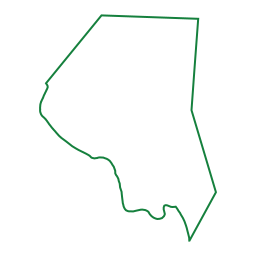 outline of Mahaut, Praslin, Saint Lucia
{"feature_id": "8701671B93430889647256", "entity_name": "Mahaut", "entity_type": "district", "adm_level": 2, "iso_a3": "LCA", "parent_name": "Saint Lucia", "parent_adm1": "Praslin", "projection": "albers", "projection_center": [-60.958, 13.843], "detail": "fine", "context": "isolated", "style": "outline", "palette": "green", "viewbox_px": 256, "rotation_deg": 0, "n_neighbors": 0, "source": "geoboundaries", "source_scale": "gbopen_adm2", "svg_char_len": 3422}
<svg xmlns="http://www.w3.org/2000/svg" viewBox="0 0 256 256"><path d="M189.3,240.6L189.5,240.6L215.9,192.3L215.8,191.8L191.5,110.2L194.5,68.6L198.2,18.8L101.5,15.4L46.0,83.3L46.2,83.6L46.3,83.7L46.4,83.9L46.6,84.2L46.9,84.6L47.1,85.0L47.3,85.3L47.5,85.7L47.6,86.1L47.6,86.4L47.6,86.5L47.7,86.9L47.7,87.2L47.6,87.5L47.5,87.8L47.4,88.0L47.3,88.4L47.2,88.6L47.1,88.9L46.9,89.2L46.8,89.5L46.6,89.8L46.5,90.1L46.4,90.2L46.4,90.4L46.2,90.7L46.1,90.9L46.1,91.0L45.9,91.3L45.8,91.6L45.7,91.8L45.5,92.2L45.4,92.4L45.2,92.7L45.1,92.9L45.0,93.3L44.9,93.5L44.7,93.8L44.6,94.1L44.5,94.3L44.3,94.6L44.2,94.9L44.0,95.2L43.9,95.4L43.8,95.7L43.7,96.0L43.5,96.4L43.5,96.5L43.4,96.8L43.3,97.1L43.1,97.5L43.0,97.9L42.8,98.1L42.7,98.3L42.7,98.5L42.5,98.9L42.3,99.2L42.1,99.6L42.0,99.9L41.8,100.2L41.6,100.6L41.6,100.8L41.4,101.2L41.2,101.6L41.0,101.9L41.0,102.3L40.9,102.5L40.8,102.9L40.7,103.1L40.6,103.4L40.5,103.8L40.5,104.1L40.4,104.3L40.3,104.7L40.3,105.0L40.3,105.4L40.2,105.8L40.2,106.4L40.2,106.7L40.1,107.1L40.1,107.5L40.1,108.0L40.1,108.3L40.1,108.6L40.1,108.8L40.2,109.2L40.1,109.4L40.1,109.6L40.1,109.8L40.1,110.1L40.1,110.3L40.1,110.6L40.1,110.9L40.2,111.3L40.2,111.6L40.2,111.8L40.3,112.2L40.4,112.4L40.5,112.6L40.5,112.8L40.6,113.1L40.8,113.5L40.9,113.9L41.0,114.2L41.1,114.3L41.4,114.8L41.5,115.0L41.7,115.3L41.8,115.5L42.0,115.7L42.2,115.9L42.4,116.2L42.6,116.4L43.0,116.7L43.3,117.0L43.8,117.4L44.2,117.8L44.5,118.1L44.8,118.4L45.0,118.6L45.3,118.9L45.6,119.3L45.8,119.4L46.0,119.7L46.2,120.0L46.4,120.3L46.6,120.5L47.0,121.0L47.3,121.5L47.5,121.8L47.8,122.2L48.1,122.5L48.3,122.8L48.4,123.0L48.5,123.2L48.6,123.4L48.7,123.5L48.8,123.7L49.0,123.9L49.2,124.2L49.4,124.4L49.6,124.7L49.7,124.9L49.9,125.1L50.0,125.2L50.2,125.4L50.5,125.8L50.6,126.0L50.9,126.4L51.1,126.6L51.2,126.8L51.4,127.0L51.7,127.4L51.9,127.7L52.1,127.9L52.2,128.0L52.5,128.4L52.9,128.7L53.0,129.0L53.4,129.4L53.7,129.7L53.9,130.0L54.3,130.4L54.6,130.7L54.7,130.8L55.0,131.2L55.4,131.6L55.8,132.1L56.0,132.4L56.2,132.6L56.5,132.9L56.7,133.2L57.1,133.6L57.3,133.9L57.7,134.2L57.9,134.6L58.2,134.8L58.4,135.1L58.7,135.4L59.1,135.8L59.2,136.0L59.5,136.2L59.7,136.5L60.1,136.7L60.3,136.9L60.5,137.1L60.7,137.3L61.0,137.5L61.3,137.9L61.5,138.0L66.1,141.4L70.2,144.6L72.2,146.2L75.8,148.4L78.8,150.1L85.9,153.6L88.8,155.2L90.0,156.1L91.3,157.5L91.9,157.8L94.4,158.4L96.2,158.1L97.3,158.0L98.2,157.6L99.8,157.4L103.4,157.6L104.6,158.1L106.7,158.8L108.1,159.6L109.7,160.8L111.3,162.9L112.8,165.4L113.7,166.6L114.4,168.5L115.2,170.7L115.3,173.5L116.3,175.4L117.0,176.2L118.3,178.7L118.8,181.1L119.7,183.5L120.1,187.4L120.9,189.8L121.6,191.9L121.7,193.5L122.1,197.2L122.6,201.2L122.8,203.1L123.3,204.8L123.6,206.3L123.8,206.8L124.5,208.3L125.1,209.3L125.5,209.6L125.9,210.2L126.7,210.6L127.9,211.1L128.8,211.3L130.4,211.3L132.1,211.4L133.3,211.4L135.7,210.8L139.8,209.9L140.7,209.7L142.3,209.6L143.6,209.8L145.4,210.1L147.1,210.9L148.4,211.8L149.8,214.2L151.5,216.1L153.5,217.6L155.5,218.5L157.3,219.0L159.6,218.8L162.0,218.1L163.0,217.1L163.9,216.3L164.7,214.6L164.8,213.9L164.1,211.0L163.7,209.5L163.7,207.4L164.3,205.7L165.5,205.2L166.2,205.2L167.3,205.4L170.1,206.5L170.7,206.8L172.4,207.0L174.3,206.9L175.7,206.7L176.6,207.9L177.5,209.2L178.5,210.9L180.2,213.2L180.6,214.2L182.9,218.0L184.5,221.4L186.0,225.6L186.8,228.2L187.3,230.3L188.1,233.4L188.8,236.2L189.0,237.0L189.2,238.0L189.3,240.4L189.3,240.6Z" fill="none" stroke="#15803d" stroke-width="2"/></svg>